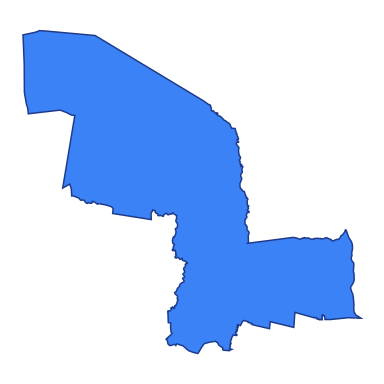 Junín, San Luis, Argentina (Equal Earth projection)
{"feature_id": "61730980B92635702663446", "entity_name": "Junín", "entity_type": "district", "adm_level": 2, "iso_a3": "ARG", "parent_name": "Argentina", "parent_adm1": "San Luis", "projection": "equal_earth", "projection_center": [-65.257, -32.22], "detail": "fine", "context": "isolated", "style": "filled", "palette": "blue", "viewbox_px": 384, "rotation_deg": 0, "n_neighbors": 0, "source": "geoboundaries", "source_scale": "gbopen_adm2", "svg_char_len": 6075}
<svg xmlns="http://www.w3.org/2000/svg" viewBox="0 0 384 384"><path d="M361.0,318.2L355.9,315.0L354.0,311.8L353.7,306.1L354.0,305.1L353.3,297.1L352.6,293.4L351.6,291.9L351.4,290.3L350.6,288.4L350.6,287.7L351.1,286.2L352.8,283.8L353.7,281.7L354.2,280.1L354.0,273.6L353.7,272.9L353.4,271.0L353.9,264.4L353.7,263.2L353.3,262.3L352.1,261.2L351.3,259.0L351.3,257.5L352.0,255.4L351.7,253.1L352.5,248.7L352.4,244.9L352.0,243.2L351.2,241.3L348.6,237.2L346.2,230.1L345.4,229.9L344.6,232.1L342.6,234.7L340.8,236.0L340.5,236.9L339.6,238.6L337.7,239.4L336.5,239.4L335.3,240.1L334.6,240.1L333.5,241.1L331.4,240.4L331.2,239.7L330.8,239.8L330.3,239.3L326.3,237.6L322.9,238.9L320.9,238.8L320.3,238.4L318.9,238.6L317.4,238.2L317.2,238.4L315.0,238.4L314.5,238.8L313.8,238.7L313.5,239.0L311.8,239.2L310.5,239.0L308.5,238.0L307.8,238.3L307.4,238.0L306.6,238.3L304.8,237.6L303.9,237.8L303.7,238.3L302.9,238.0L302.5,238.4L301.3,238.5L300.3,239.4L296.2,237.9L293.0,237.4L247.6,243.3L248.6,241.9L248.2,239.7L248.4,239.1L248.2,235.6L248.4,234.9L248.9,234.0L249.0,232.6L248.9,232.1L248.2,231.0L247.4,230.4L247.0,229.7L247.1,226.8L246.7,226.5L246.3,225.3L245.1,224.3L245.0,223.2L245.1,222.3L244.7,221.0L244.9,220.3L245.7,219.3L245.7,218.5L246.9,217.3L246.4,215.2L246.8,213.5L247.3,212.9L248.7,212.4L249.2,212.0L248.7,211.1L247.2,210.8L248.5,208.2L247.9,206.8L248.7,206.0L247.5,205.2L247.3,204.1L247.1,201.3L247.4,200.2L247.9,199.2L247.0,197.7L246.0,197.5L245.8,196.9L246.1,196.1L245.2,194.5L244.3,191.5L242.6,190.9L241.9,189.6L241.6,189.6L240.5,188.1L240.0,186.7L239.9,183.1L240.6,182.4L240.8,180.8L241.6,179.5L241.7,178.5L241.5,177.4L240.7,176.5L240.8,174.6L241.3,173.5L242.2,172.5L242.3,171.9L242.0,170.1L242.0,168.4L242.7,167.2L242.8,166.5L242.4,166.2L241.0,166.4L240.6,166.3L240.7,165.9L241.4,165.6L241.6,165.1L241.6,164.5L240.3,164.3L240.0,162.6L240.2,161.7L239.3,160.2L240.3,158.7L240.5,157.7L240.4,157.1L239.3,155.4L238.7,152.7L238.5,150.2L239.0,147.8L238.8,147.3L238.1,146.7L237.4,145.3L236.6,144.7L236.2,143.7L236.4,142.7L236.8,142.4L238.4,142.4L238.6,142.0L238.6,141.7L237.0,139.9L237.2,139.5L238.5,139.1L238.4,138.5L238.0,137.8L237.9,136.8L237.1,135.6L236.8,133.5L236.2,132.8L235.9,131.2L235.5,130.5L235.3,128.8L234.9,128.4L234.0,128.5L233.3,128.2L231.9,128.4L231.6,128.2L230.4,125.6L230.2,124.6L228.9,123.1L227.3,122.3L225.9,121.0L223.6,119.8L222.9,118.7L220.4,116.3L218.0,115.6L217.7,115.0L217.7,113.3L217.4,113.0L216.9,112.8L216.7,114.1L216.5,114.3L215.7,113.1L214.3,112.2L213.7,111.0L213.4,110.8L211.8,111.1L211.5,110.5L211.1,107.4L210.8,107.0L210.4,105.2L209.8,105.1L209.2,104.5L208.7,104.6L203.7,101.0L95.0,35.5L43.2,30.8L40.7,30.8L39.7,30.5L37.3,31.6L34.3,32.5L23.0,34.9L24.2,63.6L24.4,92.7L26.5,104.5L27.7,108.1L28.3,113.8L60.1,110.1L66.7,112.6L70.9,114.9L74.8,115.5L62.7,188.1L69.7,184.1L71.3,188.6L71.7,196.0L73.3,195.9L79.0,198.2L80.5,200.1L83.8,200.1L86.0,202.9L86.8,203.3L87.4,203.4L88.3,202.6L90.2,203.3L91.8,203.1L92.4,202.3L92.4,201.4L92.9,201.3L95.1,202.4L97.4,204.2L98.5,203.6L105.2,204.8L111.3,206.6L113.1,208.5L112.7,213.5L151.3,219.6L151.0,213.5L152.9,209.9L154.1,210.6L155.0,210.5L155.3,211.3L155.2,212.2L155.8,212.5L156.1,213.3L158.0,214.0L158.2,214.3L157.9,215.4L158.2,215.7L161.0,215.5L163.1,216.4L163.4,216.2L164.0,214.6L165.8,213.4L166.8,213.4L167.3,214.5L168.5,214.8L170.4,213.9L171.7,214.2L172.6,213.0L173.0,212.8L174.1,214.1L176.8,215.6L176.5,216.6L176.6,218.9L176.0,219.8L175.8,221.1L176.8,222.9L177.5,223.6L177.5,226.3L177.0,227.7L176.4,228.3L175.4,228.6L175.5,229.6L176.0,231.5L175.9,233.4L174.3,237.2L173.9,237.4L173.8,237.0L173.5,236.9L173.1,237.7L172.7,238.9L172.4,240.9L172.8,243.0L173.1,243.6L174.3,244.1L174.4,244.4L173.5,246.2L173.2,248.0L173.3,249.2L172.9,249.8L172.4,249.6L172.3,250.1L172.6,250.5L173.2,250.7L174.4,250.6L175.2,250.2L175.3,250.4L175.5,251.8L176.0,253.0L175.5,254.2L176.4,255.1L175.1,256.7L175.1,257.5L175.5,257.9L176.3,258.1L177.3,257.2L178.8,258.0L179.7,259.1L180.3,259.4L182.3,258.4L182.4,260.0L182.6,260.4L185.6,261.4L186.3,262.1L187.5,262.9L187.3,263.5L186.2,263.5L185.2,264.3L185.6,265.7L185.1,266.7L184.3,267.3L183.6,268.8L183.7,269.5L184.5,270.7L184.5,272.3L184.2,272.9L183.3,273.6L183.0,274.1L183.0,274.6L184.6,276.4L184.5,277.0L184.2,277.5L183.3,277.7L182.6,278.6L183.8,280.3L184.2,281.4L184.0,281.8L181.4,283.0L180.4,283.9L180.0,284.3L179.4,286.0L179.5,286.3L177.4,288.4L176.1,291.8L175.7,291.9L175.2,292.5L174.7,292.5L175.2,294.1L177.0,295.4L177.6,296.3L177.2,298.8L177.9,299.3L178.1,300.1L177.2,301.3L177.0,303.3L176.2,304.3L176.2,305.1L176.0,305.4L174.8,305.7L174.6,308.0L174.5,308.3L173.5,308.5L173.1,307.2L172.6,306.9L171.8,307.6L171.0,307.9L171.0,308.4L171.6,308.6L171.6,308.9L170.9,310.1L170.2,310.5L169.9,311.0L168.3,310.8L167.9,311.1L167.7,311.9L167.9,312.0L168.3,322.7L170.7,322.9L170.7,323.7L170.6,327.8L171.1,332.2L171.9,332.8L171.9,333.4L171.9,333.8L165.6,339.6L166.9,339.0L168.0,343.9L169.5,345.4L170.4,345.6L174.6,344.3L175.8,345.5L176.6,344.0L178.2,344.0L178.6,344.5L182.8,345.7L188.5,350.6L192.7,352.2L197.5,353.5L198.2,353.1L202.5,345.9L204.4,343.6L209.6,342.2L215.2,341.3L217.6,342.7L218.8,345.2L222.8,347.9L222.7,349.3L223.2,350.2L229.5,350.7L230.6,349.8L231.8,349.3L229.4,348.7L230.4,346.3L230.3,345.9L229.8,345.3L229.9,344.9L230.9,344.0L231.0,343.3L230.4,343.4L230.3,342.9L230.7,340.9L231.4,339.2L231.6,337.9L233.3,335.0L235.9,335.5L236.7,335.4L236.9,334.5L235.8,334.1L235.6,333.1L235.7,331.9L236.3,332.1L236.7,331.7L236.7,331.3L237.2,330.8L236.9,330.4L236.4,330.2L236.4,329.7L237.4,329.5L237.5,329.2L237.2,329.0L237.5,328.4L237.1,327.8L237.0,327.1L237.5,327.1L237.7,327.4L238.3,326.9L238.3,326.1L237.5,326.0L237.4,325.8L237.5,324.7L240.4,325.5L242.2,322.1L243.5,320.5L248.4,321.7L248.2,322.5L251.3,323.2L251.2,323.8L252.4,324.1L252.3,324.7L269.5,328.7L270.2,321.7L293.8,327.4L294.9,312.4L314.6,317.9L314.8,317.4L316.7,317.9L316.5,318.7L318.5,319.4L318.6,319.1L319.6,319.2L319.6,319.7L322.2,319.7L322.1,315.0L323.0,314.9L323.2,315.7L324.3,315.7L325.0,318.1L324.9,319.5L330.8,319.5L348.4,317.7L354.4,318.0L356.4,317.8L357.9,318.2L361.0,318.2Z" fill="#3b82f6" stroke="#1e3a8a" stroke-width="1.5"/></svg>